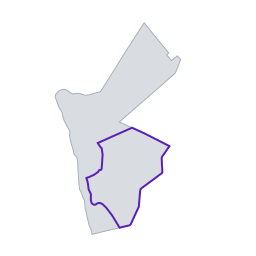 location of Ma`an within Jordan, rotated 336°
{"feature_id": "JOR-853", "entity_name": "Ma`an", "entity_type": "Province", "adm_level": 1, "iso_a3": "JOR", "parent_name": "Jordan", "parent_adm1": "", "projection": "natural_earth1", "projection_center": [36.363, 30.219], "detail": "fine", "context": "in_parent", "style": "outline", "palette": "violet", "viewbox_px": 256, "rotation_deg": 336, "n_neighbors": 0, "source": "natural_earth", "source_scale": "10m", "svg_char_len": 2342}
<svg xmlns="http://www.w3.org/2000/svg" viewBox="0 0 256 256"><g transform="rotate(336 128 128)"><path d="M81.7,65.8L85.4,66.7L87.6,68.7L91.2,74.4L96.7,76.0L99.0,77.7L102.1,80.7L105.8,81.8L117.6,83.6L127.1,77.3L135.0,72.0L144.1,65.9L150.2,61.7L160.7,54.7L167.6,50.2L176.6,44.3L185.6,38.5L188.1,48.0L190.6,57.2L193.2,66.8L195.7,76.1L193.1,77.0L195.2,84.1L198.6,83.1L202.4,82.2L204.0,86.8L198.9,91.9L193.8,96.9L192.5,97.4L185.8,99.5L172.1,103.7L162.9,106.6L151.1,110.2L141.3,113.2L131.6,116.2L122.6,119.0L127.7,124.8L135.6,133.7L140.9,139.7L147.1,147.3L152.6,154.2L158.5,161.4L154.4,163.9L147.6,167.9L146.9,168.6L146.4,169.4L143.6,176.6L141.4,182.3L140.6,183.0L131.2,185.1L121.6,187.2L115.5,188.5L113.7,190.0L109.8,197.1L105.7,204.4L98.9,210.4L91.4,217.0L89.5,217.4L84.0,216.4L74.7,214.7L65.7,213.0L59.5,211.9L52.0,210.5L53.1,204.9L52.8,201.8L54.6,191.9L55.7,187.2L56.2,183.7L58.8,176.7L58.5,174.4L59.1,166.3L58.8,164.8L60.0,160.4L62.2,154.0L64.4,148.5L65.2,146.0L67.4,140.8L69.4,134.3L68.4,130.8L68.0,130.1L68.9,126.1L69.8,119.5L70.3,115.9L71.5,111.2L73.6,107.3L72.7,97.9L72.8,92.8L74.1,87.0L73.4,80.3L74.1,70.7L74.2,69.8L75.0,68.6L75.5,68.0L79.8,66.0L81.7,65.8Z" fill="#d9dde1" stroke="#a8b0b8" stroke-width="1"/><path d="M131.8,129.4L136.3,134.5L140.9,139.7L141.0,139.8L141.1,140.0L141.3,140.2L145.2,145.0L149.1,149.8L152.9,154.5L156.8,159.3L158.5,161.4L158.5,161.5L158.3,161.6L155.7,163.1L151.5,165.7L147.7,167.9L146.9,168.6L146.4,169.4L145.4,172.1L144.1,175.3L143.0,178.3L141.4,182.3L140.7,183.0L136.5,183.9L131.8,185.0L126.8,186.1L121.7,187.2L118.6,187.9L115.6,188.5L114.6,189.1L113.8,190.0L111.8,193.5L110.2,196.4L108.0,200.4L105.8,204.4L103.0,206.8L98.9,210.4L95.2,213.7L91.4,217.0L90.5,217.4L89.5,217.5L85.9,216.8L81.8,216.0L79.8,215.7L79.7,215.3L78.0,201.7L75.7,191.9L73.9,187.5L73.4,186.6L72.7,185.9L72.1,185.3L71.4,184.9L70.7,184.6L69.7,184.4L68.8,184.4L68.3,184.5L67.9,184.7L67.3,184.7L66.8,184.7L66.2,184.5L65.7,184.2L65.3,183.8L65.0,183.4L64.7,182.9L64.5,182.4L64.3,181.6L64.4,180.5L64.8,178.4L66.9,174.1L67.2,172.8L67.1,168.0L68.7,162.8L69.4,159.4L69.6,156.8L71.0,156.8L72.5,157.0L76.0,156.9L77.2,157.0L80.4,156.5L82.9,155.9L83.4,155.6L83.8,155.2L84.2,154.9L84.6,154.8L85.0,154.8L85.9,155.2L87.2,154.7L89.8,150.0L94.0,141.9L95.7,135.9L94.9,133.6L94.3,129.4L131.8,129.4Z" fill="none" stroke="#5b21b6" stroke-width="2"/></g></svg>